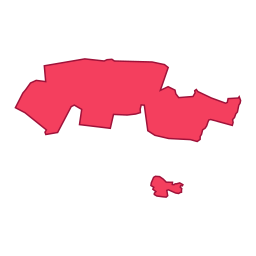 the district of Kanimekh, Navoi, Uzbekistan
{"feature_id": "79887680B53513489447097", "entity_name": "Kanimekh", "entity_type": "district", "adm_level": 2, "iso_a3": "UZB", "parent_name": "Uzbekistan", "parent_adm1": "Navoi", "projection": "mercator", "projection_center": [64.925, 40.708], "detail": "fine", "context": "isolated", "style": "filled", "palette": "rose", "viewbox_px": 256, "rotation_deg": 0, "n_neighbors": 0, "source": "geoboundaries", "source_scale": "gbopen_adm2", "svg_char_len": 1383}
<svg xmlns="http://www.w3.org/2000/svg" viewBox="0 0 256 256"><path d="M239.2,96.7L238.3,98.0L228.1,98.6L227.3,102.4L225.6,103.2L211.4,98.0L197.9,91.6L196.3,89.5L194.7,90.7L195.1,92.8L193.0,96.5L178.7,97.6L175.8,93.8L175.0,90.1L168.1,86.7L160.3,90.4L168.2,67.5L164.5,64.6L152.2,62.0L114.4,61.0L111.9,59.3L107.0,59.7L104.2,61.0L84.8,58.9L44.3,65.8L45.7,81.6L36.2,80.4L30.5,83.0L25.7,89.7L22.9,93.0L15.4,107.7L25.0,112.7L46.4,129.9L45.0,132.2L45.8,134.5L57.6,132.5L71.2,106.6L74.3,105.1L81.7,109.4L79.5,124.6L110.3,128.3L113.5,114.4L127.2,115.0L135.7,114.0L140.4,112.6L140.2,109.1L141.2,104.9L144.3,105.2L147.8,130.7L154.9,135.3L168.7,138.5L190.4,139.6L197.2,141.5L200.1,139.4L200.2,136.4L201.5,134.4L202.6,129.9L205.2,128.1L206.7,125.8L207.8,122.4L208.8,120.0L210.7,119.5L232.3,125.4L233.1,122.5L232.6,119.6L234.5,117.5L235.8,113.8L237.4,112.0L238.8,105.2L240.1,103.1L240.6,100.5L239.2,96.7ZM162.8,196.8L166.2,197.1L167.7,195.7L166.8,190.4L168.4,189.8L175.6,193.0L178.6,193.5L180.0,192.6L181.5,192.2L181.5,189.8L181.8,188.7L180.2,187.1L180.6,185.8L182.4,185.8L182.9,184.7L179.7,182.9L176.5,183.8L175.2,183.8L174.0,184.7L172.3,184.5L172.5,182.3L166.3,182.2L163.1,179.0L159.6,176.6L155.4,176.3L153.6,177.4L151.3,182.8L150.9,185.5L153.8,187.3L152.8,189.2L155.9,191.6L154.3,193.3L154.3,194.5L156.8,196.0L160.5,196.5L162.8,196.8Z" fill="#f43f5e" stroke="#9f1239" stroke-width="1.5"/></svg>